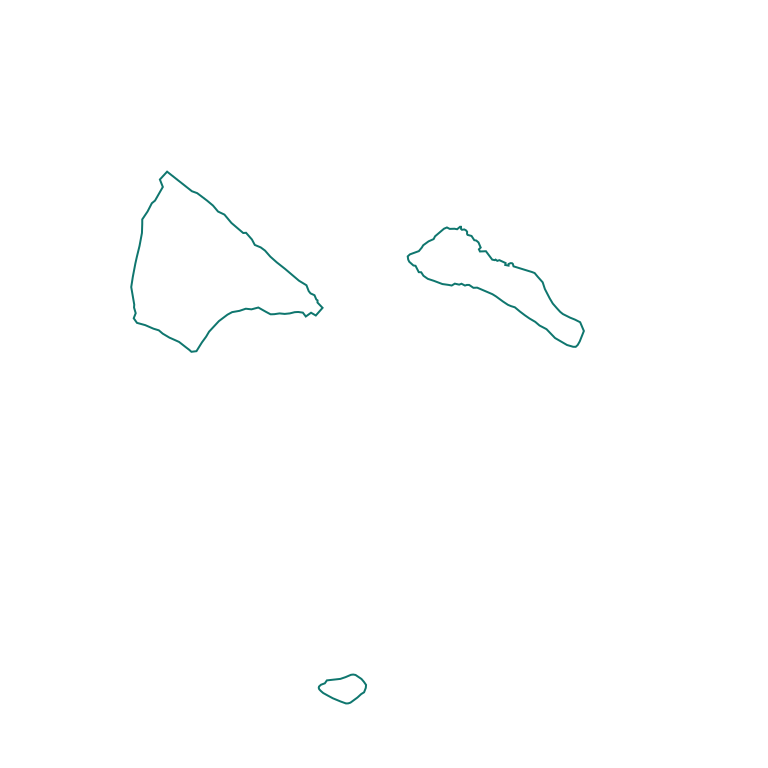 the district of Parem, Federated States of Micronesia, rotated 247°
{"feature_id": "79324940B22754223687783", "entity_name": "Parem", "entity_type": "district", "adm_level": 2, "iso_a3": "FSM", "parent_name": "Federated States of Micronesia", "parent_adm1": "", "projection": "mercator", "projection_center": [151.781, 7.352], "detail": "fine", "context": "isolated", "style": "outline", "palette": "teal", "viewbox_px": 768, "rotation_deg": 247, "n_neighbors": 0, "source": "geoboundaries", "source_scale": "gbopen_adm2", "svg_char_len": 2664}
<svg xmlns="http://www.w3.org/2000/svg" viewBox="0 0 768 768"><g transform="rotate(247 384 384)"><path d="M497.1,238.8L500.5,243.4L506.4,256.6L509.0,267.0L509.5,272.3L507.8,279.6L507.3,286.2L504.5,291.2L503.5,298.2L496.6,303.5L492.5,306.8L491.2,310.1L489.8,315.4L487.3,320.0L485.8,324.9L485.0,329.9L483.8,333.2L481.4,337.2L476.7,338.4L478.1,344.7L473.7,348.0L478.1,357.2L485.0,354.6L486.9,355.5L488.3,354.7L492.9,354.7L496.1,351.8L498.9,351.0L505.2,351.2L512.3,346.1L528.6,337.9L537.9,332.8L545.7,329.1L553.3,326.6L557.9,323.9L562.5,319.4L563.6,319.3L568.6,318.9L577.1,316.1L578.0,313.4L591.8,306.5L602.3,303.3L607.6,298.6L615.1,296.3L622.1,292.7L632.7,286.6L636.5,282.5L664.2,267.3L659.8,257.6L651.8,257.4L642.3,244.9L641.1,240.9L635.2,233.8L630.0,225.8L625.8,224.0L617.6,220.2L606.6,212.9L597.5,206.1L592.2,202.3L580.7,194.6L575.7,191.5L572.0,189.2L554.6,185.1L552.1,183.8L546.2,183.1L542.3,179.3L536.8,180.5L531.5,187.2L525.0,193.4L521.4,197.7L516.8,200.0L510.4,204.7L509.5,205.6L502.8,211.8L495.4,215.9L491.5,218.1L488.9,219.3L487.5,224.2L493.4,232.6L497.1,238.8ZM501.1,505.1L503.5,503.1L503.5,499.9L500.0,488.7L498.0,486.3L497.9,480.8L496.4,474.3L494.8,472.1L492.7,468.0L492.9,464.3L493.2,458.5L492.2,455.7L489.1,454.9L486.7,455.0L481.6,457.4L480.5,459.2L473.4,459.7L472.3,461.9L468.2,462.6L463.7,465.4L459.5,470.2L453.2,476.8L449.9,482.3L448.2,484.8L448.7,488.4L446.1,492.0L446.0,494.5L443.0,497.0L442.8,499.1L441.9,501.1L437.6,503.9L436.3,507.4L424.3,518.9L420.9,521.3L413.5,525.7L408.5,529.0L406.1,531.3L403.5,534.4L397.5,537.5L392.1,540.6L387.5,543.5L382.1,547.5L377.1,550.0L371.0,555.0L359.5,559.4L348.4,567.7L344.4,572.6L343.3,575.0L344.2,577.5L346.7,580.8L354.7,588.7L364.2,588.7L368.7,584.9L372.4,581.2L378.5,576.0L381.5,574.4L386.0,572.8L392.1,570.8L398.0,570.0L403.2,569.6L408.6,569.2L415.6,569.8L422.7,567.4L427.3,566.0L429.4,563.8L431.4,561.4L441.7,549.2L444.3,549.5L445.2,549.0L445.8,547.7L445.8,545.6L444.3,544.9L446.2,542.1L447.8,543.2L448.4,542.7L452.9,538.6L453.1,536.4L454.9,535.3L454.7,534.4L456.2,532.2L466.4,529.7L468.5,524.1L470.9,524.0L471.8,526.3L477.4,526.3L480.0,525.0L481.1,523.3L486.1,522.4L488.6,519.2L489.7,519.1L491.7,520.0L493.4,519.5L494.9,518.3L495.5,516.0L496.6,515.5L498.6,516.3L499.0,515.5L497.9,511.8L499.4,509.5L501.1,505.1ZM133.5,215.6L131.6,212.6L131.8,208.5L130.9,206.0L129.8,205.2L128.3,205.1L125.9,206.0L123.3,207.3L119.2,210.5L114.7,214.1L108.7,220.0L104.8,224.2L104.0,226.3L103.8,228.6L104.4,231.2L105.8,237.1L107.5,241.9L108.0,245.2L111.4,248.5L114.0,249.9L117.8,249.1L121.3,248.0L127.3,244.1L128.6,242.1L129.2,240.0L129.2,234.0L129.6,228.6L133.5,215.6Z" fill="none" stroke="#0f766e" stroke-width="2"/></g></svg>